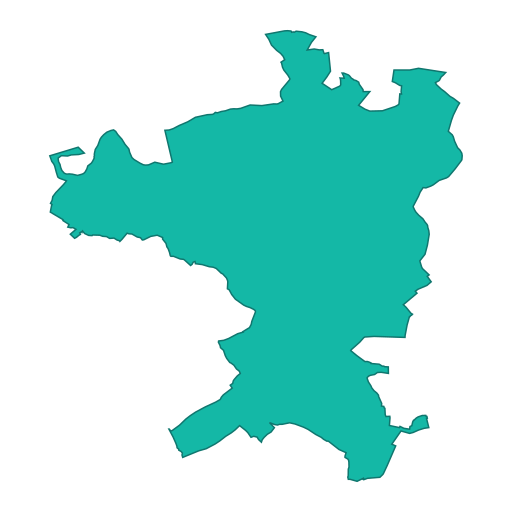 Mociu, Cluj, Romania (Albers equal-area conic projection)
{"feature_id": "2599482B12585032376089", "entity_name": "Mociu", "entity_type": "district", "adm_level": 2, "iso_a3": "ROU", "parent_name": "Romania", "parent_adm1": "Cluj", "projection": "albers", "projection_center": [24.018, 46.791], "detail": "fine", "context": "isolated", "style": "filled", "palette": "teal", "viewbox_px": 512, "rotation_deg": 0, "n_neighbors": 0, "source": "geoboundaries", "source_scale": "gbopen_adm2", "svg_char_len": 5978}
<svg xmlns="http://www.w3.org/2000/svg" viewBox="0 0 512 512"><path d="M379.9,477.3L382.9,474.4L383.4,473.6L387.2,465.5L395.7,445.9L391.8,444.2L401.0,431.0L409.6,433.4L413.1,432.5L418.7,430.0L424.2,428.3L428.8,427.6L426.5,418.3L427.3,418.2L426.9,416.4L426.0,416.2L425.8,415.4L422.2,415.5L418.1,416.9L416.2,418.1L413.8,420.4L413.5,420.3L412.7,421.9L411.8,425.7L410.0,426.5L409.6,429.2L403.9,428.3L400.0,426.4L399.4,427.6L389.4,425.5L390.0,417.8L389.8,416.3L385.9,416.5L385.2,414.5L384.9,408.3L384.2,407.9L383.8,406.4L381.5,406.1L381.7,403.4L378.6,396.5L378.5,395.2L376.8,393.0L374.0,390.7L371.8,387.9L370.9,385.8L368.4,381.9L367.1,378.2L367.1,377.7L368.5,376.2L370.4,375.3L374.6,374.5L377.4,372.5L381.2,372.3L388.4,373.4L388.3,366.9L384.7,366.7L383.8,366.1L382.6,366.2L381.9,365.9L379.2,364.2L371.0,363.5L371.0,362.9L368.9,362.0L367.2,361.5L365.0,361.6L356.8,355.6L350.7,350.6L351.4,349.6L359.9,342.0L363.7,337.7L364.8,337.0L374.1,336.4L405.0,337.4L405.1,335.5L407.1,325.0L409.4,316.8L410.0,316.6L410.4,315.8L411.6,315.2L412.5,314.2L411.0,313.3L406.0,307.2L403.3,304.7L417.0,293.2L415.3,291.2L418.1,289.2L427.0,285.4L431.2,281.8L427.2,276.3L429.1,274.9L422.4,268.5L421.6,266.9L419.8,260.9L425.0,254.3L427.4,245.2L429.2,234.3L428.8,230.7L427.8,227.4L427.6,225.6L427.0,224.4L425.0,222.0L423.0,218.9L418.6,215.1L416.0,212.2L414.8,210.3L413.2,206.9L413.2,206.3L418.5,196.2L420.1,192.2L423.1,187.6L425.9,187.9L430.8,186.1L433.3,184.8L439.2,180.4L446.5,177.9L448.6,176.6L455.1,168.9L461.6,160.3L461.9,159.5L462.2,155.7L461.8,153.2L459.9,150.0L457.6,147.7L454.6,141.2L453.3,136.8L452.3,134.9L448.3,131.3L451.4,120.5L453.3,115.2L457.9,105.8L459.6,103.1L453.5,98.4L449.9,96.3L444.6,91.6L441.2,89.1L436.4,84.6L435.4,82.6L438.8,80.8L439.5,80.1L441.1,77.0L443.5,74.9L445.7,72.5L418.5,68.3L409.8,70.0L394.0,70.0L392.3,81.5L395.3,82.7L399.7,85.4L401.6,85.8L401.1,91.6L401.5,94.0L399.8,93.9L399.0,103.9L398.0,105.0L395.2,106.5L382.4,110.8L369.8,111.1L365.0,109.2L358.6,105.3L369.8,91.6L363.2,91.6L363.0,89.6L359.3,84.3L358.7,82.2L356.2,80.6L353.6,79.8L353.1,79.2L351.4,78.2L349.4,75.7L348.3,74.9L343.8,73.1L342.1,73.1L343.6,76.1L344.2,78.2L340.0,78.0L340.3,78.7L340.6,80.5L340.7,84.5L340.5,85.3L339.6,86.2L331.7,89.7L322.1,83.3L326.8,77.0L330.5,71.2L328.6,52.6L324.4,53.6L324.0,53.3L322.8,49.7L319.4,49.9L314.2,49.0L307.2,50.0L311.5,42.3L315.9,36.8L309.4,34.6L305.7,32.8L301.9,31.8L296.1,31.2L294.1,32.3L293.3,31.9L291.6,32.3L291.3,31.3L290.9,31.0L287.4,30.7L284.3,30.9L265.6,34.4L268.9,39.4L271.5,45.1L276.6,50.3L280.6,53.4L283.1,56.3L284.7,59.7L281.0,62.2L281.6,63.2L282.5,67.2L283.8,70.0L287.9,75.2L289.9,78.7L289.8,79.4L289.0,80.5L281.6,89.4L280.5,91.7L280.6,96.1L283.0,101.1L278.2,103.7L276.9,104.0L273.6,103.9L261.9,105.6L250.1,105.0L240.8,108.3L237.1,108.9L233.5,108.8L230.4,109.1L225.5,110.8L221.3,111.5L217.5,112.8L215.3,112.4L213.7,113.9L212.4,114.4L207.3,114.7L195.4,117.3L187.8,121.8L179.4,125.4L173.0,128.7L169.2,130.0L164.9,130.3L172.1,160.9L172.3,162.2L170.8,162.8L163.5,164.2L154.8,162.2L148.5,164.9L145.5,165.1L143.4,164.8L139.9,163.1L134.0,159.5L131.9,157.5L129.6,152.2L129.0,149.4L128.6,148.6L125.0,144.3L121.9,139.2L117.7,134.5L115.7,131.4L113.6,129.9L110.9,130.5L106.8,132.2L103.8,134.6L101.4,137.2L100.1,139.2L97.8,145.5L95.3,149.4L94.4,153.5L94.3,154.8L94.5,155.2L94.0,157.0L94.3,157.9L92.6,161.3L91.4,163.1L87.8,165.9L86.9,168.8L85.2,171.9L83.6,173.5L81.9,174.2L77.6,175.4L72.4,174.2L69.2,173.9L66.7,174.1L64.4,173.3L61.9,170.5L60.7,167.5L60.0,164.4L58.6,161.7L58.2,159.3L58.2,158.0L61.4,155.7L67.6,156.0L71.3,154.9L78.8,154.5L84.3,153.1L78.2,147.2L49.8,155.8L51.8,161.4L53.8,164.1L54.7,166.1L56.3,172.2L57.8,177.0L59.3,178.2L66.4,180.8L65.9,181.7L63.2,184.9L55.8,192.6L52.8,196.6L52.1,200.4L50.5,203.4L52.0,204.4L51.5,205.9L50.3,212.1L63.1,219.7L63.3,220.2L63.0,220.6L69.0,224.5L67.8,227.1L70.8,227.8L73.0,227.6L76.0,229.3L70.3,234.2L74.6,238.3L76.5,237.3L79.0,235.2L80.4,234.4L79.7,232.9L81.9,231.5L82.1,232.1L82.6,231.0L84.6,233.5L88.6,235.4L92.1,235.6L92.7,235.0L99.8,235.2L102.6,236.3L106.6,236.6L109.6,238.4L114.0,238.1L117.0,240.0L119.6,240.8L119.9,241.4L122.0,239.3L127.1,233.2L128.9,233.8L131.9,234.0L137.2,237.0L140.5,237.7L142.3,240.0L143.8,239.8L150.7,236.4L157.2,235.2L162.6,237.5L162.6,239.1L166.0,243.4L166.9,246.9L168.1,248.6L169.5,252.4L170.3,255.7L170.9,256.3L173.5,256.3L180.2,259.0L183.3,259.3L184.2,259.7L190.6,265.5L192.1,264.3L193.2,262.2L195.0,261.5L195.4,262.9L195.4,263.7L202.3,264.6L209.2,266.7L213.2,267.2L216.3,268.5L221.2,273.2L222.7,273.9L226.4,277.9L227.4,280.1L227.8,281.7L227.4,288.8L229.2,289.8L231.7,294.5L235.4,299.2L243.7,305.1L246.4,306.4L250.1,307.6L253.7,309.4L255.1,310.5L255.4,311.2L255.4,312.1L251.8,321.4L251.2,324.4L249.5,327.6L242.9,331.6L243.2,332.1L237.7,333.7L228.6,338.5L223.8,340.3L218.6,341.0L218.4,342.2L220.1,345.6L220.5,347.7L223.5,350.3L225.3,355.7L226.7,358.4L229.8,362.5L231.1,363.1L233.9,365.2L236.5,369.0L238.9,370.8L239.6,371.8L240.3,373.5L237.4,375.8L234.2,379.5L233.3,380.8L232.7,383.4L230.2,385.2L232.2,388.1L223.3,394.9L221.1,397.5L221.1,397.9L220.2,399.5L215.7,402.1L205.3,406.9L195.6,412.1L190.2,415.7L185.8,419.1L179.5,425.2L172.1,430.6L170.7,431.0L169.3,429.1L168.9,429.1L173.1,437.0L175.9,443.3L176.9,446.1L177.1,447.8L178.6,449.0L178.8,450.2L181.0,451.4L182.4,453.0L182.0,455.0L182.7,457.4L198.8,450.8L206.2,448.7L215.1,444.0L219.8,440.9L225.7,436.3L231.2,432.9L235.1,429.9L239.6,425.6L245.6,430.4L247.8,432.6L251.0,437.3L253.7,436.3L257.1,437.1L258.6,439.6L261.4,442.2L262.2,439.8L264.1,437.4L267.3,434.3L271.1,432.0L274.4,427.7L269.5,422.6L274.8,424.6L277.6,425.0L279.5,424.3L282.2,424.3L289.6,422.8L295.0,424.0L303.6,427.2L308.1,429.4L315.8,434.5L321.2,437.3L323.6,439.3L326.7,441.1L328.4,441.2L339.0,449.5L346.1,452.7L345.0,456.1L345.0,457.4L347.9,459.1L348.6,460.4L348.9,462.2L349.0,467.1L348.3,469.1L348.2,475.8L347.8,477.1L348.3,479.3L350.0,479.3L357.1,481.3L363.5,478.2L363.6,478.5L362.7,479.2L363.7,479.7L367.5,478.3L379.9,477.3Z" fill="#14b8a6" stroke="#0f766e" stroke-width="1.5"/></svg>